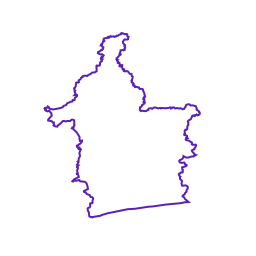 outline of Nosy-Varika, Vatovavy-Fitovinany, Madagascar, rotated 67°
{"feature_id": "10022922B12403701465046", "entity_name": "Nosy-Varika", "entity_type": "district", "adm_level": 2, "iso_a3": "MDG", "parent_name": "Madagascar", "parent_adm1": "Vatovavy-Fitovinany", "projection": "robinson", "projection_center": [48.047, -20.536], "detail": "fine", "context": "isolated", "style": "outline", "palette": "violet", "viewbox_px": 256, "rotation_deg": 67, "n_neighbors": 0, "source": "geoboundaries", "source_scale": "gbopen_adm2", "svg_char_len": 5769}
<svg xmlns="http://www.w3.org/2000/svg" viewBox="0 0 256 256"><g transform="rotate(67 128 128)"><path d="M38.7,117.2L40.1,118.4L40.4,119.8L41.3,120.8L41.9,119.6L42.9,120.0L44.1,119.1L45.5,120.1L45.6,121.6L46.1,121.5L46.2,122.0L46.0,123.1L46.5,124.2L46.3,125.7L47.4,126.5L49.7,124.4L49.9,123.1L51.6,122.0L52.7,123.4L52.8,124.0L52.2,124.5L53.2,125.7L53.8,125.4L54.2,125.7L54.8,124.7L55.3,125.6L56.3,125.9L56.5,126.5L56.2,127.1L57.3,128.5L58.6,129.0L59.5,129.8L58.3,132.3L58.6,132.9L59.2,132.8L60.5,133.7L61.7,133.8L62.8,134.6L63.5,134.7L63.8,136.9L63.0,139.4L63.8,141.9L63.6,143.6L64.2,145.2L62.9,147.3L62.6,149.3L62.9,150.1L63.4,150.0L63.6,151.8L64.7,152.8L64.7,154.4L65.4,155.1L66.7,155.2L66.8,155.8L66.0,157.6L66.1,158.1L69.1,159.8L70.2,161.1L70.3,162.0L72.0,162.5L73.0,161.9L73.7,163.0L76.1,162.9L76.8,164.3L77.5,162.1L78.5,162.2L79.0,162.9L79.4,165.1L81.4,166.3L80.7,168.0L81.9,168.9L81.3,170.9L81.6,171.8L81.4,174.1L82.7,176.0L82.5,178.8L83.4,180.0L83.1,183.1L81.7,189.6L80.7,191.0L80.5,191.9L78.8,192.9L78.0,192.7L76.8,193.4L77.7,194.5L77.0,196.6L77.2,197.1L77.9,196.9L78.7,197.3L79.2,196.4L80.4,196.6L81.3,195.5L81.2,194.0L84.5,192.8L86.9,193.4L87.9,195.9L88.5,196.7L88.6,198.2L88.7,197.9L89.9,198.6L91.9,195.6L93.4,195.2L94.0,194.1L95.0,194.8L95.9,194.6L96.6,195.5L98.2,194.2L99.1,192.5L98.3,191.7L97.6,188.6L96.2,185.4L96.5,184.2L97.7,182.6L97.8,181.0L98.8,179.0L98.9,178.4L98.3,176.7L98.5,176.1L99.4,174.7L100.1,174.7L102.2,175.3L103.1,176.0L104.8,176.3L105.1,177.1L105.8,177.5L105.7,178.9L106.4,179.8L107.5,178.5L108.2,178.6L111.5,177.1L114.6,176.5L117.3,176.1L119.3,177.0L121.1,177.3L121.6,175.2L122.0,175.3L122.8,176.0L123.9,178.4L123.8,179.5L124.3,180.1L124.3,182.0L125.2,182.3L127.0,181.8L126.6,180.8L126.9,180.4L128.2,181.3L128.6,179.9L129.1,179.7L131.5,182.1L132.5,182.7L134.4,182.9L135.6,183.7L136.8,185.3L139.1,186.4L139.2,187.4L140.2,187.0L141.9,189.3L143.0,188.1L143.8,190.2L144.2,190.3L144.7,189.6L145.1,189.6L146.1,190.2L146.7,191.1L147.9,191.7L149.6,191.8L150.1,193.1L150.4,193.1L151.0,192.2L153.8,192.4L154.3,198.0L155.3,200.0L155.8,199.6L155.3,198.5L156.3,196.3L156.9,193.1L158.3,193.0L160.3,189.4L161.0,188.5L162.6,187.8L165.7,188.0L168.5,188.7L168.8,193.2L169.3,193.5L169.8,193.4L170.9,192.1L172.7,191.7L174.9,189.4L176.8,189.4L177.6,188.0L179.0,187.5L181.6,189.4L183.0,189.8L183.2,190.7L182.6,192.1L183.0,192.6L185.6,193.5L186.0,194.3L186.1,196.3L186.5,196.7L188.6,197.3L189.9,196.9L194.2,198.1L195.4,197.2L195.8,196.0L196.3,195.8L196.4,194.1L198.0,187.8L197.9,185.9L198.5,180.3L202.7,159.8L205.1,153.1L208.4,140.1L210.0,135.5L213.2,123.3L217.6,109.4L218.6,104.6L219.8,101.2L215.8,103.2L213.7,103.5L212.2,104.5L211.9,104.2L211.7,103.4L211.3,103.2L211.2,101.7L210.0,100.6L209.5,99.0L208.2,98.5L207.0,96.7L205.7,96.0L204.4,96.4L203.3,97.4L202.4,100.6L202.0,100.8L199.8,100.3L197.8,98.9L195.4,100.0L193.2,99.3L193.1,98.9L191.9,99.4L190.4,99.3L190.0,98.8L190.2,97.8L189.6,97.1L190.2,95.2L189.9,94.7L189.2,94.8L188.0,93.8L187.2,94.1L185.4,93.6L185.8,89.7L185.6,88.8L185.0,88.5L183.5,89.8L182.4,89.5L181.7,89.8L181.0,92.4L180.2,93.4L179.5,93.8L178.3,93.7L177.8,92.9L177.9,92.2L177.6,89.8L176.6,88.5L175.5,87.9L177.7,86.3L178.9,83.9L178.8,82.6L179.2,80.2L179.8,79.1L179.4,76.1L178.5,77.2L178.2,76.8L175.2,78.0L173.7,78.1L173.4,77.5L173.5,75.3L172.9,75.1L172.1,73.7L170.7,72.1L170.2,72.0L169.8,72.2L168.6,75.3L167.7,75.6L167.0,74.9L166.0,75.0L165.0,76.0L163.7,76.5L161.9,79.1L161.4,78.8L160.8,79.1L160.5,78.1L160.0,78.1L160.4,77.2L159.6,77.3L158.5,76.7L158.0,76.9L157.3,77.9L157.0,77.9L156.3,78.9L155.9,78.9L155.1,77.5L154.3,77.6L152.5,76.8L152.0,75.8L152.5,75.1L152.3,74.1L149.4,72.5L148.7,71.2L147.8,71.1L146.6,70.3L145.4,70.4L144.8,69.6L144.3,66.5L141.8,64.0L142.2,62.1L142.7,62.5L143.1,62.0L142.4,59.5L143.6,58.9L143.5,57.0L142.4,56.0L141.5,56.4L141.0,56.1L139.8,56.4L138.7,57.4L137.9,57.3L137.6,57.6L136.8,57.1L134.3,57.1L132.4,59.7L131.7,61.6L130.2,62.2L130.0,62.6L129.5,64.0L129.6,65.5L130.2,66.3L131.1,66.7L131.3,67.7L132.3,68.7L132.4,69.4L132.0,70.4L130.4,71.7L130.0,73.4L128.6,75.5L128.5,76.9L126.9,77.7L126.3,79.8L126.9,80.0L126.8,80.8L126.1,80.6L125.4,81.3L125.4,82.8L124.3,86.2L122.8,88.9L122.9,90.0L122.2,90.4L121.8,91.5L121.8,92.5L120.1,94.4L119.3,96.0L119.8,98.2L118.7,99.2L118.2,101.2L118.7,102.1L119.4,102.4L119.2,103.5L119.5,104.4L118.9,106.2L117.3,108.7L117.5,109.5L117.3,109.7L116.2,110.1L113.7,109.0L113.9,108.0L112.9,106.3L112.4,106.2L112.1,104.1L111.4,102.8L110.3,103.7L109.9,103.4L109.9,102.5L109.1,102.1L108.0,101.9L107.7,102.6L107.3,102.7L106.4,102.1L106.0,101.5L106.4,100.8L105.5,99.8L104.9,100.0L101.5,99.3L100.0,99.6L98.5,99.2L97.7,99.5L96.6,102.0L96.0,102.3L95.1,102.0L93.4,104.1L93.1,105.6L91.6,105.3L91.1,106.6L90.0,106.5L89.6,105.5L88.3,105.9L87.5,106.8L87.1,106.8L86.4,106.0L85.5,106.2L85.1,105.3L82.7,103.6L81.6,104.2L79.8,103.7L78.9,105.1L76.0,105.9L74.9,107.2L75.0,108.0L74.0,109.6L73.4,109.6L72.6,108.6L72.1,108.9L71.7,109.9L69.9,109.8L67.9,108.7L67.6,108.9L67.6,109.4L68.5,109.8L68.7,110.4L68.4,111.2L67.5,111.7L66.6,110.6L66.1,110.5L65.1,110.8L64.6,110.6L64.5,111.7L64.1,112.0L63.0,111.3L61.9,111.8L61.6,111.2L61.0,111.5L61.0,110.8L59.9,111.5L59.4,111.3L59.4,110.6L58.7,109.8L58.6,108.9L57.6,107.6L57.7,106.3L57.2,105.9L56.2,106.6L54.5,104.9L53.6,104.5L54.2,102.2L54.9,101.5L54.7,100.4L53.6,100.3L53.1,99.3L52.1,99.3L51.4,98.9L51.0,99.2L50.5,98.3L48.1,99.4L46.6,99.0L45.1,96.6L46.3,94.2L46.3,93.3L44.8,92.6L44.4,91.9L43.1,92.7L41.5,92.1L40.8,92.7L40.3,94.5L38.9,95.6L38.1,96.9L38.2,97.4L38.9,97.6L38.7,99.7L39.2,101.3L38.6,102.3L39.1,103.5L38.7,103.8L38.8,104.9L37.9,105.6L37.6,107.3L36.5,108.2L37.4,109.6L37.0,109.9L37.2,110.8L36.4,110.7L36.4,111.3L36.9,111.5L36.9,112.0L36.2,115.0L36.7,115.8L37.5,115.8L37.8,116.3L38.7,115.8L38.9,116.2L38.7,117.2Z" fill="none" stroke="#5b21b6" stroke-width="2"/></g></svg>